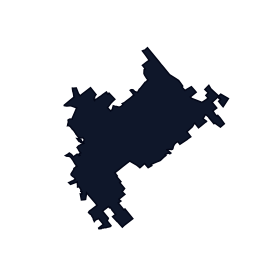 the district of Panabá, Yucatán, Mexico, rotated 135°
{"feature_id": "50627088B71815805148908", "entity_name": "Panabá", "entity_type": "district", "adm_level": 2, "iso_a3": "MEX", "parent_name": "Mexico", "parent_adm1": "Yucatán", "projection": "natural_earth1", "projection_center": [-88.264, 21.34], "detail": "fine", "context": "isolated", "style": "filled", "palette": "ink", "viewbox_px": 256, "rotation_deg": 135, "n_neighbors": 0, "source": "geoboundaries", "source_scale": "gbopen_adm2", "svg_char_len": 5726}
<svg xmlns="http://www.w3.org/2000/svg" viewBox="0 0 256 256"><g transform="rotate(135 128 128)"><path d="M62.0,63.3L56.9,62.9L55.8,69.9L55.6,73.4L56.8,73.3L56.8,75.7L55.9,80.1L51.1,79.4L50.5,85.7L50.4,86.7L42.6,86.4L42.7,84.5L42.3,84.6L42.2,84.7L42.0,84.8L41.8,83.7L42.2,83.4L42.3,82.6L45.0,82.8L45.5,78.5L45.7,75.8L40.9,76.8L36.2,77.8L38.5,86.4L41.3,86.4L41.6,93.6L41.7,97.3L40.7,101.0L46.4,100.9L46.3,96.1L49.9,96.0L50.1,92.5L52.8,92.8L54.9,93.2L57.6,93.8L62.1,104.0L62.0,105.9L54.5,105.1L54.3,107.3L54.0,112.4L61.2,114.3L60.9,119.1L59.7,119.0L59.0,123.0L58.8,124.5L58.6,125.8L58.9,127.2L59.3,129.2L60.5,134.4L60.8,135.8L60.9,136.4L60.4,141.5L59.8,147.5L59.7,149.5L59.2,153.3L57.5,171.0L58.2,171.0L59.2,171.1L60.7,171.1L61.2,171.3L61.9,171.7L62.5,172.0L63.3,172.3L63.9,167.7L65.1,160.9L68.0,161.4L73.5,162.1L73.6,160.6L74.1,157.6L75.4,157.8L77.6,155.8L77.8,155.5L78.3,155.1L78.4,154.7L78.8,153.6L79.6,150.2L79.9,147.8L80.1,147.8L81.0,147.9L82.3,147.8L82.7,147.9L83.3,148.1L83.5,148.2L91.2,147.3L92.5,147.4L94.8,146.8L96.1,146.4L97.5,149.0L97.4,151.1L98.0,152.2L98.7,152.8L99.2,153.0L99.8,153.1L100.0,150.8L100.1,149.8L100.3,148.9L100.6,147.1L101.9,147.3L105.0,147.5L110.0,148.2L112.6,148.5L114.8,149.3L114.8,148.0L117.5,148.1L119.5,148.9L120.0,149.7L120.4,150.4L121.1,151.6L121.5,151.8L122.7,154.1L124.7,153.0L126.1,152.1L128.3,152.4L128.1,156.9L122.1,157.7L119.1,157.7L117.0,157.6L116.8,166.1L118.5,166.0L118.5,166.4L118.4,167.1L118.0,167.6L117.8,168.7L122.5,169.5L122.9,169.5L123.6,169.6L124.4,169.7L125.3,169.9L125.7,170.0L127.1,170.3L127.5,170.3L128.0,170.4L128.4,170.5L129.2,170.5L129.7,170.6L130.1,171.0L130.6,171.2L130.9,171.3L131.3,171.3L132.1,171.0L132.0,172.0L131.8,172.3L131.6,172.6L131.3,172.8L130.5,173.1L130.1,173.3L129.0,173.9L128.0,174.1L127.0,174.2L126.0,183.0L130.2,183.5L136.1,184.3L139.1,184.6L138.9,186.1L138.7,187.4L137.5,190.1L136.3,192.9L137.5,193.9L138.0,194.3L138.4,194.6L139.1,195.5L139.4,195.2L141.1,192.9L141.7,191.7L142.5,190.5L144.1,188.4L144.2,188.0L151.3,188.7L157.0,189.2L157.2,188.9L155.9,187.0L154.9,186.1L153.8,185.2L153.3,184.7L152.6,184.0L150.8,180.2L150.4,179.3L150.0,178.5L157.2,175.6L160.3,174.4L161.1,173.7L162.0,174.6L163.1,175.6L164.6,176.0L164.8,176.0L165.8,174.5L166.2,174.2L167.8,173.3L168.9,172.5L169.1,172.4L168.7,172.1L168.1,171.2L167.9,170.7L167.8,169.8L167.9,168.7L168.0,167.5L168.2,166.9L168.1,166.2L168.3,163.5L168.6,162.3L168.7,161.4L168.7,161.1L169.0,160.9L169.1,160.3L169.1,159.6L169.3,158.8L169.5,156.6L169.9,155.6L169.2,155.3L169.1,155.5L168.8,155.3L168.4,154.3L167.6,153.7L167.1,153.4L166.7,153.2L167.1,150.5L169.9,149.6L170.0,150.2L170.2,150.6L170.3,151.3L169.8,152.2L169.6,153.0L170.8,155.6L171.6,156.6L172.0,153.9L172.1,153.1L171.5,152.0L171.6,151.3L171.4,151.1L171.0,151.0L171.1,150.8L171.0,150.4L170.9,150.3L170.9,150.0L170.6,149.6L170.1,148.8L170.0,148.4L170.3,148.5L172.5,149.4L173.8,149.7L175.2,150.2L176.4,150.3L177.8,150.2L177.9,149.0L178.6,146.7L178.8,145.9L179.0,145.3L179.0,143.8L181.0,144.2L181.2,143.3L181.3,142.7L181.8,142.9L182.3,143.1L182.2,144.6L182.5,145.5L187.0,146.2L187.0,146.8L186.7,149.3L187.0,150.2L187.0,150.8L187.2,151.8L189.0,152.0L191.7,152.7L191.4,151.8L191.1,151.2L190.2,150.3L189.6,149.4L189.5,149.1L189.3,148.6L189.2,147.8L189.7,144.2L190.7,140.5L191.1,138.1L191.2,137.3L191.5,137.5L192.1,137.5L192.5,137.3L192.9,137.3L194.4,137.6L194.8,137.6L195.2,137.4L195.5,137.1L196.3,136.8L200.3,135.9L200.9,135.7L201.1,135.4L201.4,135.0L201.4,134.4L201.3,132.6L201.0,131.6L201.1,130.0L201.5,129.0L203.5,129.5L204.8,129.8L205.5,130.3L207.2,130.7L208.5,131.3L208.5,128.8L202.0,125.8L203.6,123.9L203.8,123.5L204.1,123.0L204.6,122.8L205.4,121.9L204.1,121.0L204.9,117.5L206.2,116.6L205.6,115.7L206.5,115.1L207.4,114.0L208.3,115.1L211.8,110.1L209.3,108.0L208.5,107.5L203.1,111.5L203.4,107.3L204.1,98.2L204.5,95.2L212.2,96.2L212.6,96.3L213.8,96.5L214.3,96.5L214.6,96.5L214.9,96.3L215.6,96.2L215.7,95.3L215.7,94.3L215.4,92.9L215.4,92.4L215.6,91.7L216.0,90.8L216.0,90.5L216.0,90.4L216.1,89.9L216.2,89.3L216.3,89.1L217.1,87.8L217.4,87.1L217.8,85.9L217.9,85.7L217.6,85.7L217.3,85.9L216.1,85.9L215.6,85.8L214.8,85.5L212.8,84.8L213.5,77.3L219.5,78.0L219.7,77.6L219.8,77.3L218.2,75.9L217.7,75.6L217.1,75.6L216.2,75.0L216.1,74.8L215.9,74.9L215.1,74.1L214.9,74.0L214.5,73.6L214.4,73.4L214.1,73.2L213.8,73.0L213.5,72.8L212.7,72.6L212.4,72.2L211.8,71.8L211.5,71.7L211.1,71.5L210.8,71.1L210.5,71.0L210.2,70.9L209.9,70.9L209.7,70.9L209.4,70.8L209.1,70.9L208.5,76.2L208.4,77.2L208.1,77.3L207.5,77.4L206.9,77.6L205.7,78.1L205.6,79.3L205.4,81.5L204.8,87.3L203.5,87.1L202.7,87.0L200.4,86.7L198.3,86.5L197.3,86.3L197.5,84.7L196.7,84.6L197.0,82.0L197.3,81.5L197.9,75.7L201.6,76.2L201.7,72.9L201.8,69.7L201.6,69.6L202.1,61.9L199.6,61.9L188.7,60.5L187.4,72.9L188.8,73.0L187.9,81.9L184.7,81.4L184.9,82.9L185.0,83.3L184.8,84.1L177.1,83.3L177.2,87.1L173.2,87.6L172.5,95.2L171.0,95.0L170.4,101.9L169.5,101.7L168.9,105.7L168.5,105.6L165.1,105.2L158.5,104.5L153.6,103.9L150.0,103.4L149.8,102.1L148.1,95.7L147.9,94.0L147.7,91.8L147.7,91.5L146.8,91.4L142.8,91.2L141.4,91.1L141.8,85.7L137.8,84.6L137.7,86.0L135.2,85.1L134.1,84.7L131.1,83.5L129.6,82.8L128.0,82.2L123.4,82.1L120.6,81.8L120.5,82.9L119.2,82.5L117.5,82.0L116.8,80.9L116.6,80.2L115.4,80.0L115.5,81.0L115.5,81.5L115.5,81.8L115.7,82.0L115.7,82.4L115.8,83.9L115.9,84.8L115.8,85.1L115.1,84.6L112.8,82.7L112.7,82.2L111.7,81.6L111.1,81.6L110.7,81.8L109.0,82.9L106.9,83.6L105.7,83.7L104.7,83.7L103.2,83.4L102.4,83.1L102.8,79.8L94.4,78.1L92.9,78.0L89.8,77.4L89.0,83.7L81.6,83.4L78.9,84.1L77.4,84.3L77.3,84.0L78.0,78.3L74.6,77.9L69.3,77.4L68.1,77.1L67.7,77.2L68.4,81.6L63.8,82.7L63.4,81.9L63.2,78.7L63.5,78.0L63.6,76.8L63.9,73.0L64.2,70.3L63.1,70.1L62.0,63.3Z" fill="#0f172a" stroke="#020617" stroke-width="1.5"/></g></svg>